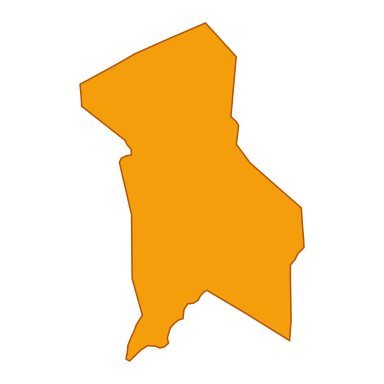 the district of Padre Marcos, Piauí, Brazil
{"feature_id": "56859067B96741348812149", "entity_name": "Padre Marcos", "entity_type": "district", "adm_level": 2, "iso_a3": "BRA", "parent_name": "Brazil", "parent_adm1": "Piauí", "projection": "robinson", "projection_center": [-40.885, -7.38], "detail": "fine", "context": "isolated", "style": "filled", "palette": "amber", "viewbox_px": 384, "rotation_deg": 0, "n_neighbors": 0, "source": "geoboundaries", "source_scale": "gbopen_adm2", "svg_char_len": 1005}
<svg xmlns="http://www.w3.org/2000/svg" viewBox="0 0 384 384"><path d="M205.4,23.0L171.4,37.6L134.6,53.9L116.0,64.7L80.0,84.3L80.9,93.3L81.7,106.3L125.0,140.3L127.4,145.0L131.2,149.5L131.3,154.9L126.3,155.8L121.3,158.2L119.4,162.4L131.6,214.8L132.0,265.1L132.2,278.6L142.4,315.3L139.0,320.4L136.3,325.0L133.3,333.0L131.4,336.4L127.9,345.4L127.2,352.9L126.0,359.0L129.6,361.0L138.1,352.7L140.9,350.0L147.5,345.7L155.6,346.2L159.8,348.0L163.9,347.1L168.4,343.4L167.4,337.7L170.0,328.7L172.3,325.4L175.5,322.5L178.6,320.0L183.0,318.7L183.4,314.6L184.0,309.7L187.6,303.9L193.3,303.2L198.1,300.3L200.4,295.8L203.1,292.7L206.9,290.3L247.9,314.7L289.6,340.6L291.1,320.2L290.4,278.0L290.4,270.1L290.4,265.1L295.1,259.4L297.9,253.6L304.0,247.5L303.6,238.7L302.4,224.9L301.3,207.9L280.8,190.0L255.4,167.6L250.1,162.9L243.3,153.7L236.4,144.4L238.6,125.6L236.0,121.3L230.9,116.6L231.7,107.6L236.2,56.7L221.4,40.5L217.5,36.0L213.6,31.8L209.4,27.3L205.4,23.0Z" fill="#f59e0b" stroke="#b45309" stroke-width="1.5"/></svg>